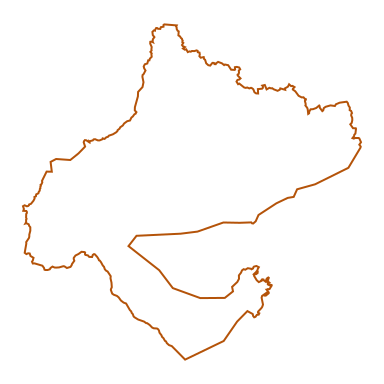 Cagaannuur, Hövsgöl, Mongolia
{"feature_id": "93677404B97246695364333", "entity_name": "Cagaannuur", "entity_type": "district", "adm_level": 2, "iso_a3": "MNG", "parent_name": "Mongolia", "parent_adm1": "Hövsgöl", "projection": "mercator", "projection_center": [98.912, 51.64], "detail": "fine", "context": "isolated", "style": "outline", "palette": "amber", "viewbox_px": 384, "rotation_deg": 0, "n_neighbors": 0, "source": "geoboundaries", "source_scale": "gbopen_adm2", "svg_char_len": 5854}
<svg xmlns="http://www.w3.org/2000/svg" viewBox="0 0 384 384"><path d="M24.7,252.8L26.4,254.1L28.1,253.3L29.7,253.5L30.5,256.0L33.5,257.8L32.8,260.5L32.0,261.7L32.8,263.5L34.6,263.4L42.4,265.7L44.0,267.9L44.5,269.7L45.4,270.0L47.6,270.0L49.8,269.3L50.5,268.0L52.5,266.6L54.5,267.5L56.1,267.6L59.1,267.4L63.4,266.2L64.5,266.4L66.9,268.0L70.5,266.9L71.6,265.3L72.0,264.0L74.3,260.8L73.7,258.9L73.8,257.8L75.5,255.5L78.5,254.0L81.5,251.8L84.6,252.1L85.1,252.5L85.0,254.2L85.4,254.9L87.9,255.4L89.2,256.9L92.1,257.0L92.8,254.9L94.0,254.1L94.8,254.3L97.1,256.8L98.4,258.8L99.0,260.3L99.8,260.6L101.0,262.2L102.8,265.5L104.0,266.8L104.8,269.2L106.0,270.6L107.6,271.5L110.7,276.2L110.5,278.3L111.5,282.7L111.8,287.2L110.9,289.3L110.9,290.1L112.2,293.6L113.7,294.7L116.9,295.9L118.7,297.4L120.9,300.5L123.6,302.6L126.1,303.5L129.9,310.1L131.2,311.4L131.7,312.9L132.8,314.1L133.6,316.4L134.4,317.2L138.1,319.5L144.1,321.6L146.1,323.1L147.2,323.2L149.7,325.0L152.2,327.6L153.8,328.3L157.0,328.5L158.2,329.3L159.0,330.6L159.5,332.7L161.5,335.3L162.0,336.8L163.5,338.2L164.9,340.8L166.0,341.4L166.8,343.1L169.0,345.1L171.8,346.1L185.1,359.6L223.7,341.0L237.1,321.6L247.4,311.1L252.7,314.0L253.2,316.1L254.2,317.3L255.5,316.8L256.8,314.9L258.7,314.6L259.3,313.3L258.0,312.6L258.1,311.6L261.3,308.2L262.2,306.9L263.0,304.6L261.6,297.7L262.1,295.9L267.1,292.4L267.4,292.5L266.0,293.7L265.1,295.6L265.8,295.6L268.4,293.5L268.8,293.0L268.7,292.4L266.8,289.9L268.4,290.0L266.7,289.2L269.5,289.1L271.7,285.6L271.6,285.0L270.3,284.7L270.2,285.4L269.7,285.4L267.8,284.4L267.8,283.9L268.3,283.6L268.0,282.9L269.2,282.5L268.5,281.9L267.9,282.7L267.3,281.6L267.4,280.8L268.1,280.0L267.7,279.4L268.3,279.1L268.8,277.9L268.4,277.5L267.5,277.9L266.3,279.4L266.4,280.2L265.8,280.7L266.4,281.5L265.9,281.9L263.9,280.4L263.5,279.5L262.2,279.3L261.6,280.0L262.1,280.1L261.8,280.7L258.8,282.1L256.7,280.2L254.1,275.9L254.2,274.1L253.9,274.8L253.6,274.4L255.6,272.5L255.8,272.8L255.5,273.3L254.7,273.7L255.1,274.3L256.2,274.1L257.6,273.0L257.7,271.9L256.1,272.0L257.5,270.1L257.7,269.1L258.8,267.2L256.4,266.0L254.0,266.6L253.3,267.4L253.1,268.4L251.8,269.3L252.1,269.6L251.5,269.3L251.4,268.8L247.8,268.2L245.3,269.7L243.6,269.2L242.0,270.4L241.0,272.7L238.9,275.4L239.0,278.8L237.3,282.0L232.1,286.9L233.0,291.4L224.8,297.9L200.3,298.1L172.8,288.1L159.2,270.2L128.5,246.1L136.5,235.8L180.6,233.7L197.5,231.6L223.4,222.5L239.7,222.8L251.3,222.4L252.0,223.3L253.2,223.5L255.7,221.3L258.5,215.0L276.4,203.3L287.7,197.9L293.7,196.9L297.1,189.3L315.1,184.3L348.4,167.8L360.5,147.6L360.7,146.5L359.3,144.7L361.0,142.2L359.3,138.4L358.6,138.0L355.2,138.0L353.8,138.6L352.5,138.1L354.1,136.1L354.3,134.7L355.4,133.6L356.0,128.9L355.8,128.3L353.0,128.2L350.3,124.3L351.7,122.9L352.3,120.1L352.2,117.8L351.2,115.5L351.3,114.1L352.0,113.1L351.1,110.9L349.7,110.2L349.8,107.5L348.5,105.6L347.8,103.0L346.7,101.7L339.6,102.7L335.9,104.3L334.9,106.0L330.5,105.4L325.6,106.8L323.8,108.1L323.2,110.4L322.3,111.1L319.9,107.9L319.5,105.8L319.2,105.5L316.2,108.0L312.9,109.2L310.6,109.3L309.2,111.7L309.1,113.3L308.2,113.9L307.7,109.3L307.2,107.8L305.4,105.5L305.7,104.9L305.6,103.6L304.9,101.0L305.1,100.1L305.9,99.7L305.8,99.1L305.0,99.0L303.5,97.3L301.7,97.4L298.6,95.8L295.3,91.3L292.8,89.5L292.9,88.8L294.5,87.1L292.5,85.9L291.1,86.1L289.1,84.3L287.9,86.7L284.9,88.4L285.2,89.8L280.3,88.4L279.8,89.7L277.6,90.8L273.7,89.3L272.2,88.2L271.2,88.4L269.4,87.8L266.6,89.4L264.8,85.0L262.3,85.6L262.9,86.3L262.9,87.8L262.1,88.7L257.9,89.1L258.1,93.5L256.1,93.4L254.5,92.3L253.3,89.3L252.3,88.4L251.0,87.8L249.3,88.4L247.2,87.5L245.8,87.9L244.2,87.5L239.3,83.6L238.1,84.2L236.5,81.6L237.5,79.9L239.3,79.5L240.5,78.4L237.7,75.5L237.6,74.6L238.6,74.0L239.0,72.7L238.8,70.5L240.2,69.3L239.2,67.5L236.8,66.9L234.9,67.2L235.1,69.5L234.7,69.9L231.1,69.7L228.2,65.2L224.9,64.5L224.1,65.1L221.9,63.3L218.1,61.9L216.3,63.2L215.7,64.2L214.5,64.1L214.4,63.2L213.0,62.8L212.4,62.9L210.2,65.6L208.3,65.2L206.2,63.3L205.1,59.8L204.1,59.0L203.7,57.1L200.7,57.7L199.4,56.2L199.8,54.5L199.5,52.6L197.8,52.2L197.6,50.8L196.5,50.4L194.4,51.1L191.9,51.0L190.8,51.7L189.4,51.4L187.8,52.1L186.2,49.3L184.8,49.7L183.0,48.5L184.9,47.1L182.8,46.1L182.0,45.0L183.3,42.9L182.3,42.1L182.7,40.5L182.2,39.9L181.9,38.7L180.8,37.8L180.1,36.5L178.4,35.4L178.7,31.4L177.6,30.7L176.7,29.0L176.6,27.3L176.1,26.5L176.7,25.4L164.3,24.4L163.5,25.0L163.5,26.7L160.8,27.2L160.3,28.9L158.0,28.8L157.3,28.1L156.2,28.0L155.0,30.0L155.0,30.6L153.9,30.4L152.4,31.9L152.8,35.1L154.4,37.1L152.9,39.2L152.6,41.5L152.9,42.2L151.6,41.6L150.3,41.8L150.2,43.6L151.7,47.0L151.4,49.3L151.6,50.5L150.4,51.9L151.7,53.4L151.4,54.0L151.7,56.8L149.9,58.6L149.4,60.3L148.2,60.3L147.3,63.5L144.8,64.3L143.7,66.5L144.2,68.4L145.5,70.5L143.6,74.1L142.6,75.0L142.4,76.8L143.5,82.2L142.5,87.1L138.1,91.9L137.9,96.4L134.9,107.2L134.8,110.4L136.4,112.1L135.8,112.8L135.8,113.5L134.3,114.4L132.8,116.5L131.4,117.6L130.0,120.5L127.2,121.2L124.1,123.5L122.8,125.5L120.2,127.3L119.6,128.6L117.6,130.2L117.4,131.1L116.2,132.3L112.9,134.3L108.8,135.7L108.0,136.8L106.3,137.3L104.6,138.9L102.7,138.4L102.5,139.2L99.6,140.4L97.9,140.4L95.1,139.2L93.6,139.4L92.8,140.4L89.6,141.2L89.6,141.8L89.1,141.3L89.0,142.1L86.3,140.3L84.9,140.1L84.0,141.2L83.7,142.3L85.1,146.6L78.5,153.4L70.3,160.0L56.1,159.0L50.6,161.9L51.8,171.7L46.6,171.6L42.0,180.9L42.3,182.3L41.6,184.0L40.5,185.0L40.9,185.8L40.3,186.9L40.4,188.2L39.9,188.8L39.7,190.7L38.8,191.8L38.4,193.3L36.2,194.4L35.9,196.3L34.4,197.0L34.6,198.5L33.5,200.7L31.0,203.8L29.1,204.5L29.0,205.2L28.1,206.0L26.9,206.3L24.6,205.3L23.0,206.2L23.9,209.0L23.3,210.8L26.3,211.0L26.8,211.7L26.9,212.9L26.2,214.0L26.1,217.7L26.6,218.9L26.1,219.6L26.1,222.2L25.4,223.5L26.3,223.2L28.7,224.3L29.2,225.9L30.3,227.2L30.3,230.8L29.3,234.6L29.3,236.5L29.0,237.9L26.2,242.1L26.3,243.7L24.7,252.8Z" fill="none" stroke="#b45309" stroke-width="2"/></svg>